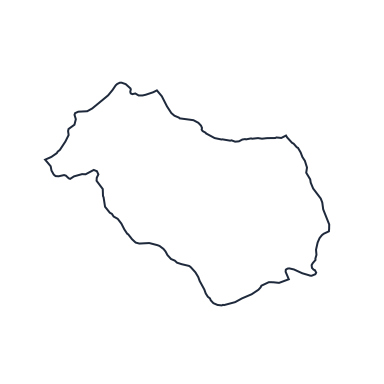 the district of Quezaltepeque, Chiquimula, Guatemala, rotated 62°
{"feature_id": "79465075B70587573094312", "entity_name": "Quezaltepeque", "entity_type": "district", "adm_level": 2, "iso_a3": "GTM", "parent_name": "Guatemala", "parent_adm1": "Chiquimula", "projection": "albers", "projection_center": [-89.461, 14.613], "detail": "fine", "context": "isolated", "style": "outline", "palette": "slate", "viewbox_px": 384, "rotation_deg": 62, "n_neighbors": 0, "source": "geoboundaries", "source_scale": "gbopen_adm2", "svg_char_len": 2289}
<svg xmlns="http://www.w3.org/2000/svg" viewBox="0 0 384 384"><g transform="rotate(62 192 192)"><path d="M236.2,243.3L237.7,242.9L241.3,242.0L244.5,239.4L247.4,238.4L250.9,235.0L255.9,229.3L257.0,228.7L258.1,228.3L264.5,226.7L270.0,226.4L274.2,227.0L283.9,226.9L288.0,227.5L291.9,227.2L294.4,226.1L296.4,226.3L300.2,225.3L303.7,222.5L306.1,219.0L306.2,217.6L306.9,216.8L309.5,205.6L309.4,197.8L310.3,187.3L309.5,179.2L308.4,176.2L307.3,174.7L307.7,166.5L309.8,162.7L313.1,157.8L314.5,147.5L306.4,146.8L304.6,145.6L304.5,143.6L305.1,142.0L308.2,138.4L315.5,132.8L320.3,127.9L321.3,127.0L322.1,125.7L322.5,121.7L321.5,120.2L318.7,120.2L317.7,121.1L315.3,121.7L312.7,120.7L311.5,118.8L310.0,114.9L308.7,114.3L305.9,111.6L301.2,109.6L295.6,104.8L292.6,101.0L291.1,97.6L290.7,95.2L291.0,89.6L289.2,88.4L285.1,86.1L268.9,84.3L262.4,81.9L258.2,81.4L245.8,83.4L239.5,82.8L236.3,81.7L228.6,82.1L224.4,79.0L217.5,77.7L213.0,78.1L208.1,77.5L202.8,77.7L201.7,78.5L197.0,79.6L195.5,80.6L188.4,82.4L186.3,82.5L186.2,87.8L183.5,91.8L183.4,93.2L179.7,100.4L177.8,105.2L175.4,108.4L173.2,113.9L172.4,114.7L170.9,119.6L170.2,120.3L169.3,122.9L169.3,126.8L167.8,130.3L164.9,132.9L164.6,134.2L159.8,140.4L159.5,141.3L155.0,146.7L146.9,152.1L146.0,152.2L143.2,154.0L141.5,154.2L140.1,153.1L137.6,152.9L133.9,153.9L129.3,157.0L127.4,159.6L121.2,168.3L120.2,168.6L116.4,171.7L112.6,173.2L104.6,173.9L93.3,173.7L85.8,175.3L85.7,179.5L84.4,187.2L83.5,190.5L81.7,193.8L78.4,195.8L77.6,198.7L76.2,199.8L74.6,199.5L72.7,197.9L71.7,197.7L65.6,199.9L62.3,203.0L61.6,204.5L61.5,207.3L62.0,209.3L64.7,214.4L67.3,220.7L71.4,240.9L71.5,246.6L67.7,254.7L67.5,258.2L68.7,259.5L73.2,260.4L77.4,264.2L78.4,271.4L80.0,272.8L83.8,274.2L88.0,280.1L92.8,288.9L93.3,291.6L94.2,293.1L95.0,299.7L94.5,306.5L102.9,304.7L107.1,306.0L111.7,305.9L113.9,305.0L115.5,302.4L117.0,297.0L118.3,295.7L122.1,294.4L123.2,293.4L122.8,288.9L124.6,280.7L126.4,277.6L126.4,268.4L129.0,266.2L132.5,266.4L134.7,269.4L137.3,271.0L147.5,269.4L153.6,272.4L155.3,272.6L164.2,275.7L171.7,274.3L173.7,273.0L176.9,272.7L178.9,271.4L180.8,270.2L186.7,269.2L193.3,269.3L198.5,268.8L199.4,268.2L205.6,267.1L210.2,265.5L212.8,262.7L217.0,253.7L222.7,247.5L224.4,246.0L228.9,243.9L232.0,243.3L236.2,243.3Z" fill="none" stroke="#1e293b" stroke-width="2"/></g></svg>